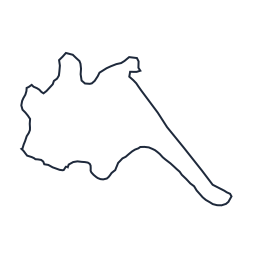 Bilasuvar District, Biləsuvar, Azerbaijan (Mercator projection), rotated 184°
{"feature_id": "54616110B16304773097912", "entity_name": "Bilasuvar District", "entity_type": "district", "adm_level": 2, "iso_a3": "AZE", "parent_name": "Azerbaijan", "parent_adm1": "Biləsuvar", "projection": "mercator", "projection_center": [48.464, 39.544], "detail": "fine", "context": "isolated", "style": "outline", "palette": "slate", "viewbox_px": 256, "rotation_deg": 184, "n_neighbors": 0, "source": "geoboundaries", "source_scale": "gbopen_adm2", "svg_char_len": 1973}
<svg xmlns="http://www.w3.org/2000/svg" viewBox="0 0 256 256"><g transform="rotate(184 128 128)"><path d="M232.8,99.7L231.3,98.5L230.2,97.4L228.6,95.5L226.7,93.4L222.1,92.3L219.7,91.4L218.2,90.4L215.6,90.4L212.4,90.1L210.2,88.6L209.0,86.0L204.9,85.6L201.9,84.2L200.4,83.5L197.5,82.7L193.3,81.5L190.3,81.3L189.2,81.6L187.3,85.0L185.4,85.0L185.3,84.9L184.6,87.4L180.3,90.2L176.1,91.2L171.9,91.0L168.6,91.0L165.7,90.7L163.7,89.6L162.7,87.9L162.4,85.3L162.3,82.8L161.5,81.2L159.1,78.9L156.6,77.1L154.8,76.0L154.5,75.9L152.0,75.1L149.2,75.0L145.6,76.1L143.9,77.8L142.6,79.7L141.3,81.9L139.3,83.8L137.8,85.1L136.8,88.3L136.7,88.5L135.4,92.5L133.6,94.6L131.4,97.3L128.3,99.1L125.5,101.9L122.2,105.0L119.4,107.0L116.3,108.4L114.4,109.9L110.4,110.3L105.9,110.1L102.1,108.8L99.6,107.8L97.0,106.1L94.5,104.3L91.4,101.3L88.8,99.4L86.7,98.0L83.2,95.7L79.4,92.7L76.7,90.5L73.4,88.0L71.1,85.1L66.4,81.2L61.9,77.0L58.0,74.5L55.2,70.5L51.3,66.7L48.7,64.1L45.4,61.7L41.1,59.6L38.1,58.0L33.7,57.2L29.3,57.4L25.0,59.1L22.7,61.3L20.0,67.0L21.6,69.5L24.9,70.7L26.9,71.8L27.4,72.1L39.6,77.3L51.3,90.7L71.1,112.4L89.1,131.6L99.4,145.4L117.4,166.3L120.8,170.5L122.9,173.2L126.0,176.0L130.3,179.3L129.8,184.2L123.3,184.6L119.7,186.0L121.8,188.8L122.1,195.2L124.0,198.4L131.8,198.8L136.2,194.6L139.4,192.3L144.1,190.9L149.6,188.3L153.6,186.1L160.3,181.2L161.8,177.5L164.5,172.7L167.2,170.0L169.2,169.4L174.0,169.4L177.6,172.1L179.0,178.3L179.0,183.8L179.9,188.8L181.1,191.4L184.5,194.1L188.2,197.2L195.2,198.5L198.2,194.6L201.5,190.9L200.3,185.5L200.4,179.7L200.6,175.5L202.2,172.3L205.2,169.8L206.1,166.4L208.6,163.3L211.9,159.2L214.7,156.7L216.9,157.9L219.1,160.0L221.7,161.4L225.1,162.6L227.1,164.3L229.9,162.0L231.9,160.9L231.9,157.8L232.7,154.1L234.5,150.4L235.5,147.6L236.0,143.1L234.5,138.9L231.5,136.3L228.7,133.3L226.3,130.2L226.3,125.3L225.8,121.5L225.7,119.1L226.6,116.2L228.5,112.7L229.7,107.9L230.9,104.3L231.8,100.3L232.8,99.7Z" fill="none" stroke="#1e293b" stroke-width="2"/></g></svg>